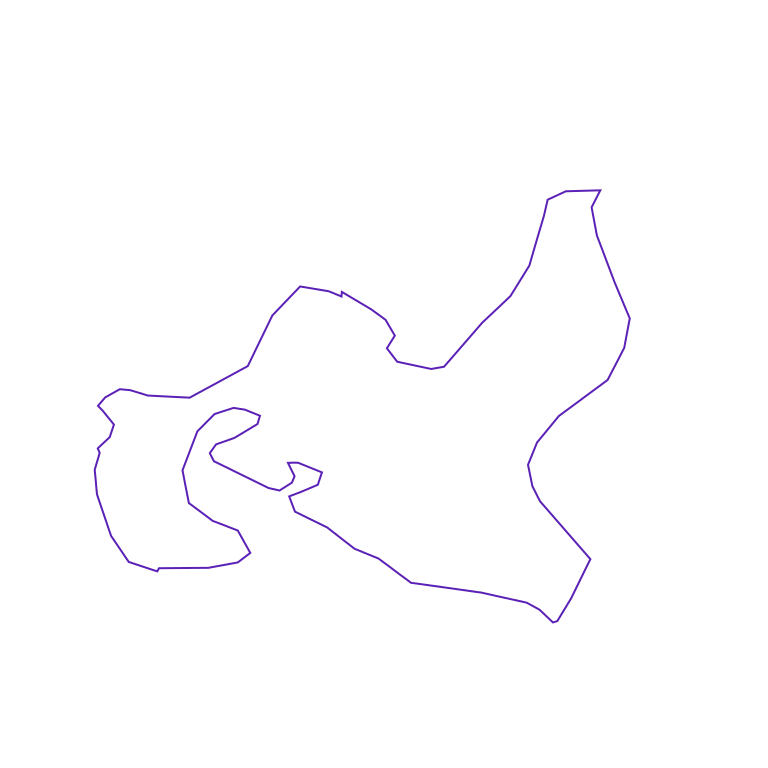 outline of Zoe-Gbao, Nimba, Liberia, rotated 202°
{"feature_id": "62588387B27641742881305", "entity_name": "Zoe-Gbao", "entity_type": "district", "adm_level": 2, "iso_a3": "LBR", "parent_name": "Liberia", "parent_adm1": "Nimba", "projection": "albers", "projection_center": [-8.687, 6.996], "detail": "fine", "context": "isolated", "style": "outline", "palette": "violet", "viewbox_px": 768, "rotation_deg": 202, "n_neighbors": 0, "source": "geoboundaries", "source_scale": "gbopen_adm2", "svg_char_len": 1978}
<svg xmlns="http://www.w3.org/2000/svg" viewBox="0 0 768 768"><g transform="rotate(202 384 384)"><path d="M457.6,453.6L456.2,449.2L467.3,449.3L469.9,449.3L477.6,447.6L498.3,443.0L506.9,421.5L513.2,405.7L515.6,370.5L517.0,349.6L533.7,329.3L559.1,298.5L598.7,284.8L603.8,284.4L617.0,283.2L627.0,280.2L637.5,267.1L641.0,256.6L634.9,253.9L619.2,245.2L618.4,232.0L625.3,217.1L621.8,213.6L620.1,196.1L615.3,186.9L612.7,181.7L608.8,174.2L604.6,169.3L583.5,144.8L580.1,140.9L576.8,138.7L554.0,123.4L527.3,125.1L524.0,125.4L523.6,128.9L521.7,129.7L485.4,144.7L478.1,147.7L464.5,156.3L452.7,163.8L444.7,177.3L464.7,193.4L475.1,193.2L478.5,193.2L491.5,192.9L497.7,194.6L520.3,200.5L531.0,216.9L538.5,228.5L538.8,244.6L539.3,270.2L529.9,292.6L523.4,298.1L514.5,305.5L503.4,308.1L487.1,308.1L486.3,299.5L496.2,286.3L502.5,278.0L517.1,265.1L519.6,254.7L518.8,253.9L512.8,248.7L471.3,245.7L452.1,244.3L441.0,246.1L433.6,256.4L432.4,258.1L432.4,265.0L443.5,274.9L437.9,277.4L434.1,278.8L408.4,278.8L408.3,276.5L407.6,265.8L420.5,252.9L429.8,244.3L424.4,238.4L418.7,232.3L399.6,230.9L382.8,229.7L380.1,228.9L361.3,223.5L349.5,220.2L348.8,220.2L323.8,220.1L309.8,216.5L297.2,213.1L292.7,212.0L284.5,209.8L253.9,217.5L219.7,226.0L216.0,227.0L200.8,229.5L169.8,234.7L155.3,233.0L138.0,226.2L134.5,229.1L130.2,255.3L127.5,293.1L127.0,298.9L160.4,315.9L186.3,329.1L195.4,333.7L208.2,344.9L208.9,346.0L220.2,363.0L220.2,367.9L220.2,387.1L214.8,404.2L209.9,419.8L202.1,432.5L178.2,471.5L177.1,483.0L175.6,498.6L175.1,504.7L174.8,507.6L175.7,511.9L180.7,536.9L186.5,542.7L208.1,564.5L220.3,577.7L233.0,591.5L242.3,601.5L257.7,625.6L256.0,644.6L287.6,630.8L296.4,621.4L301.3,616.2L298.7,599.8L296.3,574.8L293.6,548.2L294.2,544.8L299.7,512.9L300.8,510.5L304.7,501.9L315.9,477.6L325.3,450.2L332.7,428.6L333.3,426.9L334.8,422.5L345.9,415.6L372.1,411.0L380.1,409.6L394.7,418.2L392.1,432.9L400.5,439.4L406.6,444.1L423.7,448.4L430.7,449.5L457.6,453.6Z" fill="none" stroke="#5b21b6" stroke-width="2"/></g></svg>